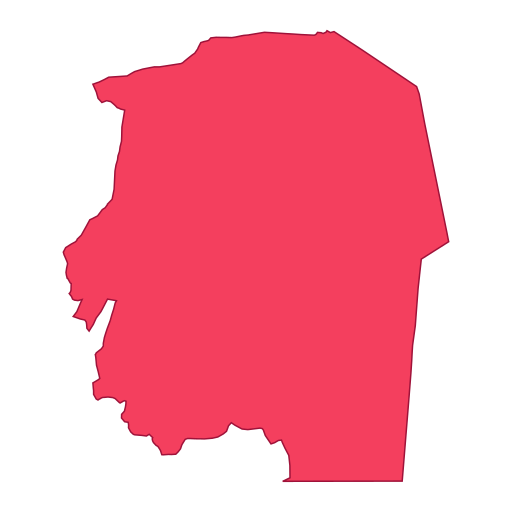 the district of Al-Husayniya, Ash Sharqiyah, Egypt
{"feature_id": "37247803B51599084555013", "entity_name": "Al-Husayniya", "entity_type": "district", "adm_level": 2, "iso_a3": "EGY", "parent_name": "Egypt", "parent_adm1": "Ash Sharqiyah", "projection": "mercator", "projection_center": [31.934, 30.925], "detail": "fine", "context": "isolated", "style": "filled", "palette": "rose", "viewbox_px": 512, "rotation_deg": 0, "n_neighbors": 0, "source": "geoboundaries", "source_scale": "gbopen_adm2", "svg_char_len": 3495}
<svg xmlns="http://www.w3.org/2000/svg" viewBox="0 0 512 512"><path d="M362.3,50.1L334.0,31.6L330.4,32.6L327.0,30.7L326.0,32.2L323.1,33.5L321.1,32.7L317.5,32.4L316.2,34.2L315.0,34.9L314.3,35.2L301.5,34.6L296.9,34.3L292.5,34.0L287.0,33.7L271.5,32.7L264.4,32.3L250.5,34.6L249.8,34.7L248.4,35.0L243.6,35.4L243.2,35.5L242.0,35.7L235.2,37.1L231.8,37.6L228.5,37.5L226.2,37.4L220.5,37.4L216.1,37.3L210.8,37.9L208.9,40.1L208.3,40.5L207.7,40.7L206.6,41.0L205.3,41.3L204.2,41.5L200.8,42.6L198.3,47.4L197.8,48.8L195.1,52.7L194.8,53.2L192.2,55.0L189.8,56.9L187.8,58.5L184.7,61.0L182.8,62.7L182.0,63.1L180.9,63.6L165.4,66.0L159.4,66.9L155.9,66.9L154.2,66.9L149.9,67.7L142.7,69.1L137.9,70.6L134.6,71.6L133.2,72.4L131.4,73.4L130.4,74.0L127.1,76.0L126.7,76.0L120.8,76.4L113.2,76.9L108.7,77.2L103.8,79.8L98.8,82.2L98.4,82.3L98.1,82.4L96.9,82.8L93.3,84.1L92.9,84.2L96.4,92.2L96.7,93.4L98.1,98.4L99.9,100.3L101.9,102.5L106.3,100.8L106.6,100.7L110.7,101.6L112.4,103.0L113.8,104.2L115.1,105.4L117.3,107.7L118.7,108.1L119.9,108.7L120.7,109.1L121.1,109.2L121.9,109.4L123.6,109.8L124.7,110.1L121.9,127.1L121.9,127.8L121.7,136.7L121.5,141.3L120.1,146.8L119.5,151.4L118.0,155.9L117.5,160.0L116.0,165.0L115.0,171.0L114.1,189.3L112.1,199.3L107.4,204.2L107.4,204.7L105.1,207.8L102.3,209.6L97.6,215.9L94.3,217.6L92.6,218.5L89.8,219.8L89.6,220.2L86.1,226.6L81.3,235.2L77.2,239.2L76.7,240.6L75.3,241.9L71.2,244.1L65.7,247.6L63.8,251.2L63.3,252.1L64.1,254.9L64.5,255.7L67.1,261.8L67.6,263.7L66.6,268.2L66.0,272.4L66.4,275.1L67.2,278.3L67.7,278.4L70.3,283.0L71.2,283.5L71.0,290.3L70.6,291.5L70.1,292.6L69.2,293.5L70.7,295.5L71.4,296.3L72.6,299.1L74.4,300.1L78.0,300.6L82.1,299.5L80.9,302.1L76.9,311.6L73.2,316.5L80.3,319.0L84.8,320.0L86.2,321.9L86.3,322.4L86.6,324.2L86.9,328.3L89.1,331.1L91.0,328.0L93.3,324.4L96.2,318.0L100.9,311.7L102.3,309.1L107.5,299.1L116.5,300.7L116.1,301.6L115.6,302.1L115.1,303.4L113.6,309.3L111.7,315.2L110.2,320.7L107.3,328.4L105.8,332.9L104.4,337.5L103.3,343.4L103.3,346.1L101.4,348.8L96.3,352.8L95.6,354.3L95.3,354.5L95.8,357.4L96.5,365.2L98.2,371.6L98.9,374.6L99.8,378.5L98.0,379.9L94.3,382.1L92.9,382.9L93.3,388.0L93.6,390.7L93.6,394.4L96.2,399.0L98.0,400.0L99.3,399.1L100.2,398.7L101.6,397.8L103.0,397.4L103.9,397.4L108.0,397.0L112.9,397.6L115.2,398.6L119.6,402.8L120.5,402.9L121.0,402.4L121.9,402.0L123.3,401.1L124.6,400.7L125.4,401.0L126.0,401.2L125.9,403.9L125.4,407.1L124.4,411.2L121.6,414.3L121.6,414.8L121.5,418.0L124.6,421.7L125.0,421.8L128.2,422.3L128.6,425.0L128.5,427.8L130.7,431.9L133.3,434.3L134.7,434.8L141.9,435.4L146.4,436.0L149.2,434.3L151.0,436.0L152.7,437.6L152.2,438.9L152.6,440.8L153.5,442.6L156.1,445.4L157.9,446.4L159.7,449.2L160.5,450.6L161.8,454.7L163.2,454.8L168.6,454.4L171.3,454.5L175.8,454.2L178.1,451.9L179.5,450.1L180.5,448.8L181.9,444.7L185.2,439.3L186.4,438.9L187.5,438.5L190.2,438.5L194.3,438.7L197.9,438.8L200.6,438.8L204.2,438.9L205.5,438.8L212.4,438.2L217.8,437.0L223.3,433.9L226.5,431.3L227.5,428.6L228.5,425.8L230.7,423.4L231.3,422.7L234.8,425.1L242.0,429.0L247.8,429.6L260.1,428.1L262.3,428.6L263.3,429.9L265.3,435.5L271.0,443.9L274.6,442.7L278.3,440.5L281.5,440.1L282.3,442.4L284.9,448.0L288.8,455.4L289.9,465.5L290.0,477.8L282.7,481.3L402.2,481.1L409.2,394.9L410.9,373.2L411.7,361.0L412.1,353.1L412.6,345.2L415.3,325.7L416.2,313.5L418.1,288.3L419.5,275.6L419.5,275.2L419.7,273.6L421.3,259.1L448.7,241.7L448.3,239.9L447.0,233.1L424.7,123.6L424.1,120.4L419.2,94.0L416.6,86.6L394.9,72.0L362.3,50.1Z" fill="#f43f5e" stroke="#9f1239" stroke-width="1.5"/></svg>